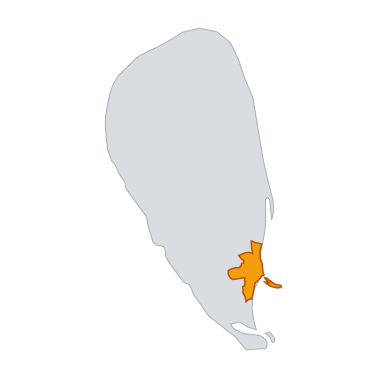 Sri Lanka, with Mannārama highlighted, rotated 175°
{"feature_id": "LKA-2457", "entity_name": "Mannārama", "entity_type": "District", "adm_level": 1, "iso_a3": "LKA", "parent_name": "Sri Lanka", "parent_adm1": "", "projection": "robinson", "projection_center": [80.02, 8.88], "detail": "fine", "context": "in_parent", "style": "filled", "palette": "amber", "viewbox_px": 384, "rotation_deg": 175, "n_neighbors": 0, "source": "natural_earth", "source_scale": "10m", "svg_char_len": 2479}
<svg xmlns="http://www.w3.org/2000/svg" viewBox="0 0 384 384"><g transform="rotate(175 192 192)"><path d="M132.3,29.5L139.4,29.9L147.0,29.7L152.3,30.8L161.4,43.8L186.2,67.0L199.8,90.6L201.0,95.8L202.9,100.2L206.1,101.5L208.8,103.5L222.3,126.3L223.9,130.8L223.7,135.8L224.5,139.5L228.0,141.3L232.4,142.3L235.3,145.7L239.0,163.9L239.0,169.5L240.0,172.0L257.0,200.3L258.0,203.7L257.8,206.3L258.3,208.5L261.6,213.5L266.8,227.0L269.4,230.1L272.5,241.9L272.7,264.4L271.6,274.4L268.4,286.6L264.7,298.6L260.6,307.2L255.0,314.5L236.0,330.0L230.5,333.1L205.6,342.8L187.3,352.0L170.4,354.5L153.4,349.5L140.7,337.4L134.1,319.6L129.7,301.1L123.2,280.5L118.2,216.9L115.8,199.1L112.0,176.5L112.3,166.6L115.1,157.2L115.1,177.9L117.6,180.4L119.5,177.8L121.2,156.4L122.6,147.4L129.3,123.8L129.4,119.6L128.3,110.8L128.3,106.3L138.4,89.8L141.0,80.2L142.4,70.3L141.8,59.7L140.0,49.2L148.1,52.6L152.6,56.2L157.1,58.7L160.8,57.4L165.3,57.4L162.1,51.7L152.7,46.4L137.0,43.2L132.1,39.0L130.2,35.4L131.2,31.1L132.3,29.5ZM124.3,93.6L126.5,99.9L120.4,95.6L116.3,92.0L114.9,89.0L123.2,92.3L124.3,93.6ZM131.4,44.8L126.7,45.7L123.1,40.1L122.2,37.7L123.1,36.0L124.2,35.2L125.4,35.5L127.1,40.7L131.4,44.8Z" fill="#d9dde1" stroke="#a8b0b8" stroke-width="1"/><path d="M127.2,133.9L127.4,133.5L127.5,133.1L128.3,130.5L128.4,130.4L128.6,129.6L129.3,127.9L129.9,119.7L128.2,114.5L128.3,113.6L128.4,107.6L128.3,105.6L128.0,104.6L127.7,103.9L127.4,103.0L128.0,102.6L129.0,102.4L129.7,102.2L134.0,97.8L136.2,96.6L137.2,95.6L137.7,93.6L138.5,91.5L139.1,88.6L141.4,81.6L141.5,81.2L141.7,80.2L142.3,80.2L144.8,80.0L146.4,79.1L147.8,77.9L147.9,80.7L148.3,83.5L149.7,85.9L149.9,86.5L149.9,87.2L149.9,88.4L149.6,89.7L149.8,91.6L149.7,93.4L148.0,94.0L147.7,94.8L147.5,95.8L147.1,96.7L146.8,97.7L147.2,98.4L147.5,99.0L146.6,102.0L158.8,101.3L160.8,102.4L161.9,104.4L163.1,107.6L162.7,110.6L158.7,112.2L154.5,112.8L151.9,112.5L149.8,113.8L148.7,116.6L146.8,116.8L146.5,118.1L146.5,119.2L148.2,120.7L151.0,124.7L143.8,126.9L140.2,126.9L136.9,125.3L137.5,130.3L137.3,138.1L136.6,138.0L136.0,137.6L134.0,136.4L132.1,135.5L130.0,135.3L128.0,134.4L127.2,133.9ZM112.4,91.5L111.6,91.1L111.3,90.3L111.5,89.5L112.4,89.1L115.8,89.1L117.2,89.6L118.7,90.0L121.9,91.3L124.9,93.3L127.4,96.1L126.2,95.8L124.1,94.6L122.8,94.4L124.7,96.8L126.3,98.8L126.9,100.1L125.2,99.8L124.0,98.8L123.2,97.7L122.6,97.2L121.8,96.8L118.8,93.7L117.3,93.0L115.8,92.2L114.7,91.9L114.1,91.7L112.4,91.5Z" fill="#f59e0b" stroke="#b45309" stroke-width="1.5"/></g></svg>